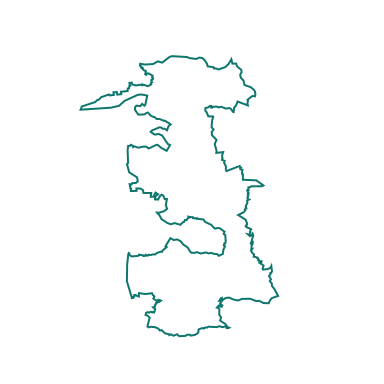 Lafragua, Puebla, Mexico, rotated 333°
{"feature_id": "50627088B76215411073468", "entity_name": "Lafragua", "entity_type": "district", "adm_level": 2, "iso_a3": "MEX", "parent_name": "Mexico", "parent_adm1": "Puebla", "projection": "robinson", "projection_center": [-97.292, 19.284], "detail": "fine", "context": "isolated", "style": "outline", "palette": "teal", "viewbox_px": 384, "rotation_deg": 333, "n_neighbors": 0, "source": "geoboundaries", "source_scale": "gbopen_adm2", "svg_char_len": 6055}
<svg xmlns="http://www.w3.org/2000/svg" viewBox="0 0 384 384"><g transform="rotate(333 192 192)"><path d="M281.1,140.2L281.5,138.5L283.5,135.8L283.4,135.0L289.3,133.9L291.5,135.3L292.8,133.9L293.7,131.1L293.6,129.2L292.1,125.5L287.4,120.5L288.5,115.9L287.4,112.6L287.7,110.8L288.5,109.0L290.5,107.9L291.4,105.6L289.2,100.7L289.6,97.6L286.3,96.0L287.3,91.6L282.9,94.5L278.4,95.8L271.4,94.9L269.4,92.8L267.6,91.8L267.9,90.9L267.1,90.0L263.0,87.2L263.6,84.5L263.1,80.0L262.0,77.3L259.6,75.6L256.1,75.3L250.5,71.5L248.9,69.5L235.7,61.8L233.1,61.5L224.2,63.2L220.9,60.1L215.4,60.3L208.0,57.1L204.0,54.2L203.0,55.7L203.3,56.4L202.5,56.5L203.4,56.7L203.2,58.2L204.3,58.5L204.3,60.0L203.9,59.8L204.5,61.9L205.9,63.4L203.8,65.7L204.2,66.8L206.2,66.1L207.3,66.8L209.7,70.6L208.3,71.9L209.0,73.0L208.1,73.9L206.5,73.8L206.2,76.0L205.5,75.7L204.3,76.9L204.4,77.6L202.3,77.7L200.5,77.6L198.3,75.1L196.1,74.2L196.5,73.6L190.3,71.5L187.6,69.1L188.0,67.2L185.8,66.4L185.2,69.1L184.6,68.7L183.0,71.0L181.7,70.6L180.4,72.8L174.2,70.4L173.4,72.7L169.6,71.3L170.4,68.9L167.3,67.5L166.4,70.0L162.4,68.5L162.3,67.4L154.2,66.3L150.8,67.5L149.6,67.0L146.6,67.9L132.7,65.8L130.1,68.1L158.1,80.1L166.2,82.1L173.2,80.2L187.6,80.8L191.0,82.0L195.9,85.8L189.9,93.2L188.7,93.5L187.5,90.8L185.1,92.0L181.6,89.8L179.7,90.7L178.5,93.1L179.3,98.7L185.1,101.4L187.1,100.8L188.8,101.2L190.0,105.5L192.9,108.8L193.6,110.8L196.4,112.4L199.4,116.0L200.1,116.0L203.7,122.0L200.9,122.7L197.8,125.7L196.5,123.3L194.5,122.2L193.9,120.7L192.5,119.6L184.3,119.0L182.5,119.6L184.7,123.8L188.8,125.3L191.1,128.2L192.2,138.1L193.8,140.2L188.1,143.8L184.9,139.1L182.7,134.3L181.5,133.8L173.2,133.6L171.9,130.9L168.9,129.3L164.3,128.2L161.1,124.9L159.9,125.2L160.0,123.5L159.0,122.2L157.7,122.7L156.1,121.9L153.6,125.5L148.2,137.2L146.7,137.6L145.0,146.0L149.7,154.0L148.5,157.9L146.0,158.5L142.8,156.9L141.5,157.9L140.0,156.7L138.7,161.0L139.3,161.3L138.0,163.4L143.0,165.8L144.1,163.6L147.8,165.7L149.2,168.0L148.3,170.8L155.2,174.4L153.0,177.5L156.1,178.9L157.1,177.4L159.2,176.0L160.7,178.6L157.1,179.4L155.7,181.8L156.0,182.1L156.4,181.7L158.3,183.4L161.4,181.2L163.8,180.6L164.8,182.2L164.5,186.0L166.5,186.8L162.6,192.0L162.2,195.7L158.4,196.4L153.5,195.6L151.5,194.5L152.5,198.4L152.5,202.3L155.8,208.2L158.4,211.1L162.6,211.9L166.7,215.9L170.2,214.8L171.1,215.1L173.1,213.8L174.3,214.6L176.2,213.5L177.9,213.5L177.8,212.5L181.2,215.0L182.3,214.6L180.9,215.1L181.2,216.0L183.7,217.2L183.8,217.9L184.9,217.9L185.0,218.6L189.8,221.7L190.1,224.6L194.2,229.9L195.7,235.0L198.7,235.8L200.3,236.9L203.0,242.2L201.2,243.7L202.1,245.4L199.8,250.9L198.3,253.0L197.5,252.5L196.1,254.0L196.8,255.4L193.7,257.7L191.3,261.2L186.8,261.0L186.3,258.8L184.1,257.6L181.6,255.1L178.9,254.2L177.0,252.2L171.9,250.8L168.9,247.7L166.6,247.4L164.0,245.9L163.3,244.3L162.9,239.3L160.3,234.7L159.5,230.6L157.2,227.5L153.9,226.5L151.8,223.3L143.8,228.3L144.5,229.5L139.6,230.7L138.2,231.7L137.7,231.1L133.2,230.4L130.8,230.9L129.3,230.0L126.5,229.4L125.1,228.3L123.9,228.7L122.4,227.1L122.1,227.8L119.8,227.1L120.1,226.6L116.4,223.8L116.1,224.4L114.7,224.3L109.1,222.1L107.4,219.4L108.3,218.3L108.0,217.7L106.8,218.7L101.2,227.4L93.5,241.9L90.3,259.3L91.7,259.7L92.3,258.7L93.0,259.0L93.8,257.6L95.0,258.1L94.8,258.5L97.2,261.0L98.8,258.0L104.4,261.9L110.4,264.0L110.3,266.0L111.2,267.9L109.2,269.4L111.0,272.9L113.2,272.8L115.0,274.7L112.5,275.1L112.0,274.2L109.8,275.1L109.3,274.7L108.1,276.1L107.5,276.0L106.7,277.4L105.0,277.0L106.1,279.6L103.6,282.1L102.8,281.2L101.9,281.3L100.9,279.9L99.1,280.1L97.8,278.8L96.1,278.9L94.8,280.5L96.4,282.2L97.2,284.8L91.3,291.4L91.8,292.9L94.2,293.4L97.7,295.7L99.9,298.3L100.5,300.9L102.2,301.2L103.9,305.8L106.9,308.2L106.8,309.2L108.7,309.4L110.3,311.7L114.1,312.0L115.2,314.7L121.0,317.3L122.8,316.9L125.3,318.2L125.7,319.4L129.6,320.6L132.7,320.5L134.3,319.6L134.7,318.3L135.9,317.4L139.6,318.0L140.8,319.1L142.1,318.6L143.8,319.6L145.6,319.5L152.8,323.7L155.2,323.9L157.9,326.3L161.2,326.9L161.0,328.9L162.6,329.8L163.5,329.8L162.3,328.4L161.8,324.7L158.7,319.4L161.0,316.8L160.5,314.0L163.5,308.0L161.7,306.3L164.2,305.3L166.4,307.7L167.5,306.9L166.7,304.7L166.2,305.0L166.5,303.9L169.7,302.4L166.9,301.3L169.6,299.8L170.6,299.9L170.1,301.3L170.9,302.1L173.9,301.7L177.2,303.0L179.8,306.3L183.6,309.5L188.2,310.0L195.4,313.6L199.8,318.4L202.5,319.5L205.3,323.4L209.8,325.9L212.4,323.9L215.0,322.8L221.5,323.7L221.4,316.1L220.6,312.0L221.6,309.7L220.8,306.7L222.7,305.7L222.5,301.8L224.5,300.9L225.1,299.7L225.9,300.0L227.2,299.1L229.1,293.9L227.5,295.1L224.5,295.1L220.1,293.4L219.9,292.7L222.4,290.0L220.8,287.1L223.2,284.8L220.3,286.3L219.8,285.4L221.0,284.2L220.0,282.7L220.8,282.3L220.6,280.4L220.1,280.5L219.3,278.9L217.6,277.7L219.0,275.8L218.1,274.1L217.9,271.1L219.9,270.0L219.0,269.7L221.3,266.1L221.0,264.3L222.1,263.9L221.7,265.5L222.2,265.9L223.7,263.9L222.9,262.7L226.9,258.4L227.1,256.6L225.9,257.4L226.2,257.9L223.6,257.6L222.6,255.1L224.0,256.2L225.6,254.5L225.5,253.8L227.8,252.0L224.5,247.9L225.2,247.0L224.7,246.6L226.7,245.5L227.2,241.0L222.7,233.5L228.9,233.5L231.1,232.5L231.0,232.0L230.5,232.3L232.5,230.6L233.0,231.1L233.6,228.8L236.4,226.9L237.2,224.7L239.4,224.6L238.5,223.6L238.9,222.1L239.6,221.9L240.4,219.8L241.0,220.1L241.6,217.7L242.0,217.9L241.8,216.1L242.3,215.3L243.3,215.9L244.3,213.4L246.0,214.1L247.3,213.8L257.1,218.7L258.6,218.6L254.6,210.8L242.9,204.2L245.4,199.3L244.9,199.1L245.2,197.6L247.0,195.1L245.4,193.7L245.5,193.0L246.7,192.4L246.1,191.6L246.3,190.5L232.2,189.0L232.5,187.0L233.8,184.7L233.9,180.5L235.2,179.1L233.3,176.9L234.7,175.6L234.7,174.5L235.8,172.7L237.9,170.6L231.4,168.2L232.6,166.4L234.0,159.6L237.5,156.7L235.6,150.6L236.7,147.6L239.6,146.0L238.8,143.1L242.9,136.7L244.9,135.0L245.0,134.2L240.9,132.0L241.2,127.3L240.7,125.5L242.1,123.2L244.9,124.0L247.0,123.4L248.1,124.0L247.4,125.4L248.4,126.0L248.9,125.4L253.1,127.3L254.2,128.8L256.7,129.3L260.0,133.0L263.4,134.2L264.3,135.4L264.9,139.2L265.4,139.7L267.6,136.3L270.9,134.6L273.7,132.1L281.1,140.2Z" fill="none" stroke="#0f766e" stroke-width="2"/></g></svg>